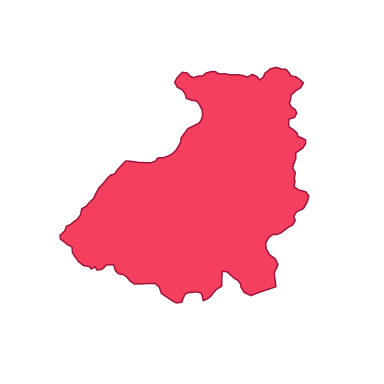 outline of Atílio Vivacqua, Espírito Santo, Brazil, rotated 72°
{"feature_id": "56859067B41366298318676", "entity_name": "Atílio Vivacqua", "entity_type": "district", "adm_level": 2, "iso_a3": "BRA", "parent_name": "Brazil", "parent_adm1": "Espírito Santo", "projection": "robinson", "projection_center": [-41.188, -20.969], "detail": "fine", "context": "isolated", "style": "filled", "palette": "rose", "viewbox_px": 384, "rotation_deg": 72, "n_neighbors": 0, "source": "geoboundaries", "source_scale": "gbopen_adm2", "svg_char_len": 2331}
<svg xmlns="http://www.w3.org/2000/svg" viewBox="0 0 384 384"><g transform="rotate(72 192 192)"><path d="M308.8,167.9L308.2,159.6L308.1,149.9L308.0,141.5L304.2,140.7L300.2,140.0L296.6,139.4L293.2,138.0L290.6,135.0L287.4,132.7L281.4,133.4L275.7,137.6L269.2,139.0L263.6,137.9L259.1,133.4L257.4,128.4L258.6,124.6L258.4,120.0L256.8,115.7L255.3,111.2L254.4,106.6L251.1,102.7L246.6,102.7L243.1,98.5L242.3,91.4L238.7,87.2L235.5,84.4L232.0,82.2L227.1,83.7L222.8,90.1L218.4,93.4L214.2,91.0L210.2,90.3L205.6,87.8L200.4,88.8L197.0,86.8L192.5,83.1L186.8,81.2L184.5,73.2L181.1,69.0L177.6,67.9L174.8,70.5L172.1,73.9L168.5,73.9L164.4,76.1L160.1,79.5L156.1,78.9L152.6,77.0L152.7,71.4L149.4,68.0L145.6,68.4L142.0,71.2L138.0,72.1L135.0,69.9L130.6,67.9L127.9,62.4L126.4,56.5L122.6,52.3L118.0,55.0L114.6,57.6L112.1,62.0L108.3,62.9L104.3,64.8L102.6,69.3L99.5,73.2L99.1,79.2L101.7,86.2L104.7,88.5L106.4,93.0L102.4,94.5L98.8,98.3L99.9,103.9L97.4,106.9L94.6,112.2L92.5,119.2L89.9,123.8L88.0,129.9L84.7,132.7L83.4,136.5L83.2,142.0L84.9,146.3L83.7,150.2L83.8,155.0L81.1,158.1L77.5,159.6L75.2,164.2L78.5,170.6L82.2,174.5L87.5,173.7L92.2,169.5L96.9,168.2L101.2,168.4L104.5,164.2L107.0,159.4L111.5,157.8L117.3,157.0L122.6,158.3L125.8,160.5L128.5,163.6L129.6,170.2L130.5,176.5L133.8,180.9L137.1,185.6L140.7,187.1L144.0,190.4L147.4,194.3L149.5,198.9L150.4,203.4L150.6,208.4L149.0,213.7L151.4,217.6L151.5,222.1L149.8,227.0L147.2,234.1L144.3,239.8L142.0,245.5L145.2,251.4L148.1,256.5L150.9,260.0L150.8,264.0L152.7,268.2L156.1,273.2L159.1,278.9L163.5,283.7L167.7,287.6L170.2,292.6L172.8,296.9L174.0,302.2L179.1,304.9L182.4,309.3L183.9,313.9L185.4,317.9L185.8,322.0L189.8,325.1L192.3,330.8L196.0,331.7L200.1,328.9L203.5,326.8L207.2,323.1L212.8,324.4L218.0,323.1L223.6,321.2L228.5,317.9L230.9,312.9L234.2,311.5L233.1,307.3L237.0,306.4L237.7,301.4L234.9,295.6L237.1,289.0L243.5,289.0L247.1,287.1L249.6,282.5L253.2,280.1L257.2,278.5L261.6,275.4L263.5,269.3L265.4,262.2L267.6,255.4L272.1,252.6L279.0,252.4L289.0,244.7L292.6,241.3L293.7,235.9L289.5,232.6L286.7,229.7L286.9,224.9L288.6,217.9L291.1,214.5L294.9,214.5L298.9,214.8L298.3,210.3L296.6,205.7L294.3,202.6L292.3,199.1L290.7,192.8L283.3,190.4L276.8,187.7L278.5,183.6L282.7,181.0L286.9,178.6L290.0,175.9L294.1,174.3L298.0,174.8L303.6,173.4L308.8,167.9Z" fill="#f43f5e" stroke="#9f1239" stroke-width="1.5"/></g></svg>